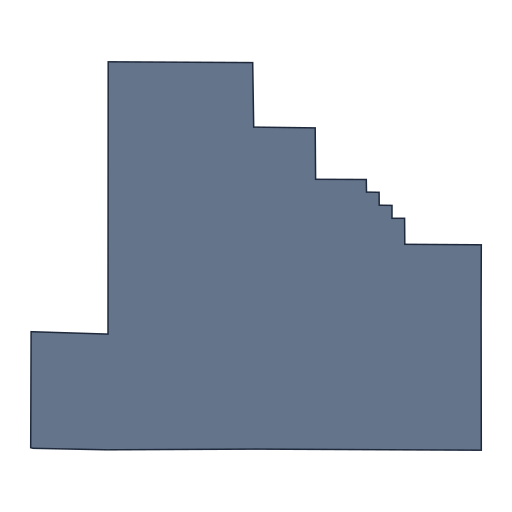 Shelby, Illinois, United States of America (Equal Earth projection)
{"feature_id": "52423323B22684777777250", "entity_name": "Shelby", "entity_type": "district", "adm_level": 2, "iso_a3": "USA", "parent_name": "United States of America", "parent_adm1": "Illinois", "projection": "equal_earth", "projection_center": [-88.76, 39.435], "detail": "fine", "context": "isolated", "style": "filled", "palette": "slate", "viewbox_px": 512, "rotation_deg": 0, "n_neighbors": 0, "source": "geoboundaries", "source_scale": "gbopen_adm2", "svg_char_len": 402}
<svg xmlns="http://www.w3.org/2000/svg" viewBox="0 0 512 512"><path d="M252.7,62.6L108.2,61.8L108.0,334.1L31.1,331.7L30.7,447.7L33.1,448.3L106.6,449.8L256.1,449.1L481.3,450.2L481.1,309.0L481.3,244.8L404.8,244.3L404.6,218.3L392.0,218.3L392.0,205.4L379.2,205.2L379.1,192.3L366.5,192.1L366.3,179.5L315.6,179.3L315.2,127.9L253.7,127.1L252.7,62.6Z" fill="#64748b" stroke="#1e293b" stroke-width="1.5"/></svg>